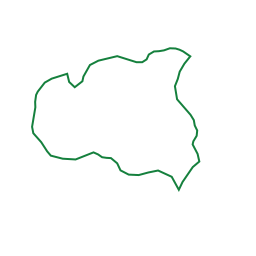 an SVG outline of Bilecik, rotated 64°
{"feature_id": "TUR-2263", "entity_name": "Bilecik", "entity_type": "Province", "adm_level": 1, "iso_a3": "TUR", "parent_name": "Turkey", "parent_adm1": "", "projection": "orthographic", "projection_center": [30.109, 40.071], "detail": "fine", "context": "isolated", "style": "outline", "palette": "green", "viewbox_px": 256, "rotation_deg": 64, "n_neighbors": 0, "source": "natural_earth", "source_scale": "10m", "svg_char_len": 864}
<svg xmlns="http://www.w3.org/2000/svg" viewBox="0 0 256 256"><g transform="rotate(64 128 128)"><path d="M189.4,78.6L191.5,86.9L200.4,102.6L205.8,109.4L191.0,110.1L179.4,119.6L176.9,129.2L175.0,139.0L170.2,147.8L162.8,153.3L155.0,153.2L147.6,156.5L145.4,160.4L142.9,164.1L138.6,166.5L134.8,169.7L133.3,188.9L127.0,200.1L119.0,209.5L113.5,210.9L102.7,212.2L91.2,215.4L84.9,213.7L68.8,202.2L63.8,200.0L58.0,196.1L55.7,193.1L50.7,182.9L50.2,174.9L52.6,158.9L60.8,160.7L68.0,158.0L66.0,148.5L62.2,145.5L54.7,134.6L54.5,125.1L58.7,106.2L72.6,91.5L75.1,86.4L74.5,81.2L71.1,77.1L70.6,71.1L72.5,66.6L74.0,61.6L74.7,55.4L77.4,50.4L80.2,47.4L83.3,44.9L90.9,40.6L94.9,49.1L100.0,56.8L105.7,61.7L111.0,67.5L123.7,71.3L143.6,66.0L149.8,65.4L155.0,66.9L160.6,66.9L165.1,69.7L168.6,75.1L171.1,77.1L181.8,76.8L189.4,78.6Z" fill="none" stroke="#15803d" stroke-width="2"/></g></svg>